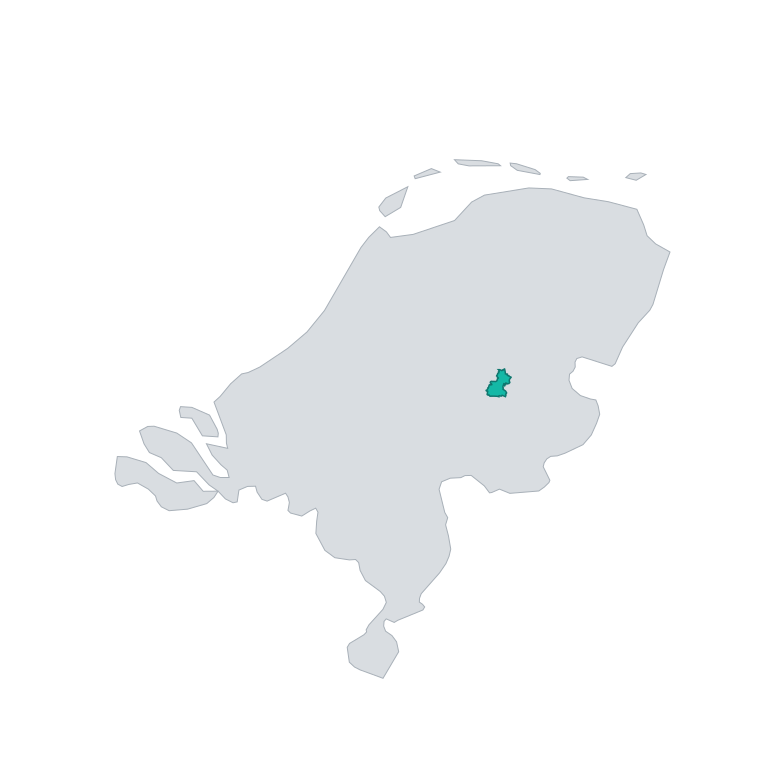 Olst-Wijhe, Overijssel, Netherlands (highlighted), rotated 18°
{"feature_id": "6326949B2249346791276", "entity_name": "Olst-Wijhe", "entity_type": "district", "adm_level": 2, "iso_a3": "NLD", "parent_name": "Netherlands", "parent_adm1": "Overijssel", "projection": "albers", "projection_center": [6.151, 52.376], "detail": "fine", "context": "in_parent", "style": "filled", "palette": "teal", "viewbox_px": 768, "rotation_deg": 18, "n_neighbors": 0, "source": "geoboundaries", "source_scale": "gbopen_adm2", "svg_char_len": 6576}
<svg xmlns="http://www.w3.org/2000/svg" viewBox="0 0 768 768"><g transform="rotate(18 384 384)"><path d="M474.0,664.2L461.5,663.7L449.7,663.3L443.5,662.3L437.0,659.3L434.0,653.2L430.4,645.8L431.4,641.4L442.4,628.7L444.1,625.2L443.0,623.3L444.1,617.7L452.6,598.7L453.7,591.0L450.0,585.7L444.6,582.5L427.1,576.7L418.9,568.7L415.1,561.7L411.2,559.7L405.4,562.0L390.9,564.4L379.2,560.5L365.4,547.2L362.4,535.4L360.8,526.3L357.4,523.2L352.7,527.7L346.6,535.0L335.0,535.6L331.7,533.9L331.2,529.8L330.6,525.9L327.5,521.0L324.1,518.3L309.0,531.5L303.5,531.4L296.7,526.0L293.4,520.9L285.8,523.6L278.8,529.7L280.8,541.5L277.1,543.6L268.7,542.3L259.3,537.2L248.8,534.0L232.9,525.4L210.3,531.3L195.0,522.9L182.1,521.7L174.3,515.1L166.0,504.2L172.4,497.4L178.4,495.2L202.1,494.7L219.1,499.5L249.4,523.4L257.2,523.5L265.6,520.8L261.5,514.4L253.9,511.2L242.5,504.7L233.6,495.7L255.2,493.5L252.4,488.9L249.7,481.1L227.9,453.7L232.0,446.5L238.1,431.1L245.5,418.4L251.2,415.1L260.7,406.2L281.4,379.9L294.7,358.3L304.7,332.5L319.9,261.3L324.2,249.2L331.1,235.9L339.3,238.6L344.9,242.6L365.5,232.7L400.6,206.7L411.1,183.9L421.2,173.3L461.1,152.8L483.0,146.7L516.8,145.1L541.2,141.3L570.5,139.7L581.8,152.4L588.4,161.7L599.0,166.8L615.2,170.1L614.5,188.7L615.2,225.2L614.0,231.7L606.9,247.2L599.5,275.1L597.6,293.3L595.3,296.8L564.0,297.0L559.5,300.2L558.9,304.1L560.6,308.8L559.8,313.5L557.4,317.3L558.8,323.3L564.3,330.1L574.3,334.3L584.9,334.5L590.4,333.7L594.4,338.6L598.5,346.1L598.3,355.6L596.9,368.4L592.0,380.2L577.5,393.9L571.0,398.8L564.9,401.3L562.0,404.9L560.7,409.5L561.0,413.5L571.5,424.3L571.3,426.8L568.3,432.5L564.3,437.9L537.5,449.1L526.3,448.3L520.0,453.9L518.0,454.9L510.9,449.9L495.2,444.0L489.3,446.1L486.0,449.3L476.1,453.1L469.0,459.2L468.9,467.1L481.5,487.4L485.9,491.4L486.1,498.9L492.2,508.5L498.5,520.4L499.1,527.9L498.4,535.6L495.2,546.5L484.2,571.9L484.0,576.8L485.0,580.5L488.7,581.6L491.6,583.5L490.8,586.9L470.1,604.5L467.4,607.6L458.7,606.7L457.4,609.7L458.5,614.4L461.9,618.6L469.3,620.8L475.6,625.3L480.7,634.1L474.0,664.2ZM259.3,537.2L257.3,544.5L252.4,552.5L235.9,563.7L218.8,570.9L210.2,569.6L204.3,565.4L201.3,561.1L192.4,556.8L180.1,554.3L172.3,558.4L166.6,562.4L161.8,561.5L158.3,557.9L155.8,552.4L152.8,535.4L162.1,532.7L182.0,532.3L197.3,538.7L217.5,542.2L233.2,534.6L245.2,541.9L259.3,537.2ZM227.7,467.5L239.2,478.5L241.6,482.0L242.4,485.6L227.3,489.4L211.8,475.9L201.1,478.6L197.4,472.3L197.5,468.4L208.5,465.6L227.7,467.5ZM345.3,210.9L333.4,224.5L326.4,220.5L324.4,217.3L328.2,206.6L345.7,189.0L345.3,210.9ZM397.4,150.3L386.6,151.7L381.7,148.9L407.9,141.5L424.5,139.3L427.4,140.4L397.4,150.3ZM467.6,136.6L444.7,139.6L437.0,137.2L435.7,134.9L442.0,133.6L461.5,133.4L467.5,135.4L467.6,136.6ZM372.0,165.1L350.2,179.1L348.4,176.8L362.5,164.5L372.0,165.1ZM560.9,112.3L550.2,113.0L553.2,107.8L563.1,103.9L568.4,103.8L560.9,112.3ZM514.5,126.5L498.2,133.1L494.3,131.7L495.3,129.8L509.6,125.7L514.5,126.5Z" fill="#d9dde1" stroke="#a8b0b8" stroke-width="1"/><path d="M503.4,358.5L503.4,356.8L503.0,356.6L503.0,355.4L503.2,355.1L503.4,354.6L501.9,353.2L501.4,353.0L500.9,352.9L500.1,352.6L498.8,352.2L498.8,351.9L498.7,351.7L498.7,351.2L498.7,350.9L498.4,350.8L498.2,350.5L498.1,350.4L498.1,350.1L497.9,349.8L497.9,349.7L497.9,349.2L497.8,348.6L497.8,348.3L497.9,348.1L497.9,347.6L498.0,347.7L498.3,347.8L498.5,347.8L498.7,348.0L498.8,348.3L499.2,348.5L499.3,348.5L499.3,347.9L499.2,347.8L499.3,347.7L499.5,347.5L499.6,347.3L499.5,347.2L499.5,346.9L499.4,346.9L499.1,346.8L499.0,346.7L499.3,346.7L499.4,346.1L499.8,346.2L500.0,346.3L500.0,346.2L500.0,345.9L499.9,345.9L499.6,345.8L499.4,345.8L499.5,345.6L499.6,345.4L501.1,345.5L501.4,345.7L501.8,345.3L502.0,345.3L502.3,345.2L502.5,345.0L502.7,344.9L502.8,344.6L503.0,344.2L503.0,343.9L502.7,343.3L502.9,343.3L502.3,342.3L502.2,342.1L502.0,341.8L501.7,341.1L501.8,341.2L501.9,340.9L502.0,340.5L502.1,340.3L502.2,340.2L502.2,339.8L502.3,339.7L502.4,339.4L502.5,339.2L502.6,338.9L502.7,338.7L502.8,338.5L502.8,338.3L501.6,338.1L500.3,337.9L500.1,337.9L500.2,337.5L500.1,337.4L499.9,337.4L499.3,337.5L499.2,337.5L498.8,337.6L498.4,337.4L498.4,337.2L498.3,336.9L498.1,336.9L498.1,336.5L496.5,336.8L496.5,336.7L496.2,336.4L495.5,335.0L494.7,333.5L494.1,332.5L493.8,332.5L493.7,332.8L493.6,333.0L493.4,333.1L493.3,333.5L493.1,333.8L493.0,334.0L492.9,334.2L492.3,334.4L492.2,334.2L492.1,334.3L492.1,334.5L492.0,334.8L491.9,334.9L491.7,334.9L491.1,334.8L490.4,334.8L490.3,334.7L490.1,334.6L489.9,334.6L489.7,334.6L489.4,334.7L488.9,334.8L488.7,334.9L488.4,335.0L488.6,335.1L488.8,335.3L489.0,335.5L489.6,336.5L489.4,336.7L489.3,336.8L489.2,337.0L489.3,337.1L489.4,337.3L489.5,337.5L489.4,337.5L489.5,337.7L489.3,338.1L489.2,338.2L489.1,338.5L488.9,339.0L488.9,339.6L489.0,340.0L488.9,340.3L488.8,340.7L488.6,341.0L488.6,341.4L488.9,341.4L489.0,341.5L489.2,341.9L489.3,342.0L489.5,342.3L489.9,342.4L490.1,342.5L490.3,342.8L490.6,343.0L490.8,342.9L490.9,343.0L490.8,343.3L490.4,343.9L490.3,344.1L490.3,344.3L490.3,344.5L490.4,345.3L490.4,345.5L490.4,345.9L490.3,346.0L490.2,346.3L490.0,346.6L489.9,346.7L489.6,347.0L489.4,347.1L489.1,347.3L488.8,347.3L488.0,347.5L487.5,347.7L486.7,348.0L486.7,347.9L486.4,348.0L486.2,348.1L485.9,348.2L485.5,348.2L485.3,348.3L485.2,348.3L484.9,348.6L484.7,348.8L484.6,349.0L484.6,349.3L484.6,349.5L484.7,349.8L484.7,350.0L484.8,350.1L485.1,350.3L485.6,350.4L485.8,350.4L486.0,350.5L486.3,350.7L486.5,350.9L486.6,351.0L486.7,351.3L486.4,351.5L486.0,351.7L485.8,351.9L485.4,351.9L485.3,352.0L484.7,352.1L484.7,352.3L484.4,352.5L484.4,352.9L484.4,353.1L484.4,353.5L484.4,353.8L484.4,354.1L484.5,354.5L484.5,354.8L484.4,355.1L484.4,355.6L484.2,355.6L484.3,355.8L484.2,356.0L484.1,356.4L484.1,356.7L484.0,356.8L484.0,357.2L483.9,357.4L483.9,357.5L483.8,358.0L483.6,358.1L483.4,358.2L483.2,358.4L483.3,358.5L483.2,358.6L483.3,358.8L483.5,358.9L483.8,359.0L484.1,358.9L484.4,358.9L484.6,358.9L484.9,358.9L484.9,359.0L484.9,359.3L484.9,359.5L485.0,360.0L485.5,360.1L485.4,360.1L485.4,360.3L485.3,360.5L485.2,361.0L485.2,361.3L485.3,361.7L485.4,361.9L485.4,362.0L485.6,362.0L485.8,362.2L485.8,362.3L486.2,362.4L486.7,362.3L487.2,362.3L487.1,362.1L487.4,362.1L487.6,362.1L487.8,362.3L488.0,362.5L488.3,362.8L488.5,362.8L488.8,362.7L489.0,362.7L489.4,362.6L489.5,362.6L489.7,362.4L489.8,362.4L490.4,362.2L490.5,362.2L491.0,362.0L491.2,361.9L491.4,361.9L492.2,361.6L495.5,360.7L497.1,360.6L497.0,360.4L497.0,359.6L497.3,359.4L498.0,359.5L499.1,359.3L499.1,359.2L499.5,359.0L499.5,358.9L499.6,358.5L499.6,358.4L499.9,358.2L503.4,358.5Z" fill="#14b8a6" stroke="#0f766e" stroke-width="1.5"/></g></svg>